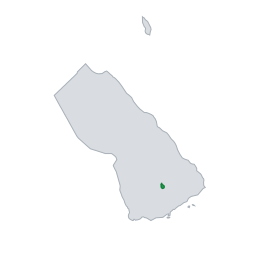 Al Hissn, Sana'a, Yemen (highlighted), rotated 249°
{"feature_id": "15242507B2313194184175", "entity_name": "Al Hissn", "entity_type": "district", "adm_level": 2, "iso_a3": "YEM", "parent_name": "Yemen", "parent_adm1": "Sana'a", "projection": "mercator", "projection_center": [44.477, 15.021], "detail": "fine", "context": "in_parent", "style": "filled", "palette": "green", "viewbox_px": 256, "rotation_deg": 249, "n_neighbors": 0, "source": "geoboundaries", "source_scale": "gbopen_adm2", "svg_char_len": 3263}
<svg xmlns="http://www.w3.org/2000/svg" viewBox="0 0 256 256"><g transform="rotate(249 128 128)"><path d="M203.2,111.4L194.8,114.5L192.6,115.9L190.7,117.6L189.2,119.7L188.1,123.3L188.9,126.7L188.8,128.5L186.7,129.7L184.7,130.6L182.5,131.9L181.1,132.2L180.0,133.2L178.7,134.0L174.1,135.9L169.0,137.3L160.9,139.1L157.8,141.0L155.0,142.3L150.7,142.7L144.8,144.5L141.5,145.9L137.5,148.2L136.5,149.0L135.8,150.7L134.6,152.2L132.1,154.7L130.3,155.9L129.1,156.0L126.7,156.7L123.8,156.8L119.1,155.9L117.9,156.5L116.9,157.5L113.2,159.2L109.5,162.5L106.8,163.4L102.4,164.4L99.3,165.8L97.2,166.4L94.5,166.7L89.6,166.5L84.9,167.0L80.6,168.0L78.6,169.8L76.3,172.6L72.5,173.8L71.6,174.8L70.4,176.8L67.9,177.4L65.7,177.7L63.5,176.8L59.2,179.3L57.6,179.7L55.1,179.8L53.4,180.4L52.1,180.2L50.5,179.2L47.2,178.1L44.8,178.8L44.6,176.5L40.6,169.2L41.4,162.9L41.4,162.0L40.6,159.2L38.2,156.6L38.3,153.3L37.5,150.9L36.9,148.5L37.1,147.9L37.1,147.3L35.9,143.6L35.5,142.8L35.3,142.1L35.7,141.5L35.7,140.8L35.1,139.6L34.4,137.4L31.1,135.7L31.8,134.1L32.4,134.7L33.3,135.2L33.4,134.1L33.5,133.4L32.1,128.5L34.1,122.0L33.4,116.2L36.5,113.8L37.3,113.1L37.8,112.5L38.5,111.2L39.5,110.7L39.8,109.3L39.8,108.6L39.2,108.0L38.7,106.4L38.8,104.3L39.0,103.4L39.3,101.8L40.4,101.3L40.7,100.8L39.8,99.8L39.9,99.2L41.7,97.5L42.5,97.0L43.7,96.5L44.6,96.5L45.7,96.8L46.6,97.2L47.5,98.1L48.5,99.1L50.0,99.4L51.1,99.4L51.9,99.8L52.6,99.5L53.4,99.0L54.7,99.1L55.8,98.5L59.1,98.2L62.3,98.4L65.6,97.9L68.9,98.0L72.2,98.0L72.9,98.1L73.7,98.4L76.5,99.9L78.6,100.2L82.9,100.6L87.4,101.0L91.4,101.4L94.7,101.0L97.5,100.8L98.3,100.8L99.1,101.7L100.8,104.0L102.4,106.2L105.1,106.3L106.9,105.5L108.9,104.3L110.0,103.5L111.4,99.9L112.3,97.6L114.4,95.1L116.1,92.9L118.4,90.1L119.6,88.5L122.1,85.4L124.5,84.1L129.0,81.8L133.5,79.5L136.4,78.0L138.9,77.3L143.1,76.7L148.0,76.0L152.9,75.3L158.1,74.6L163.9,73.7L167.9,73.2L173.0,72.4L177.2,71.8L181.0,71.3L184.9,70.8L185.6,72.5L186.3,74.2L187.1,76.0L187.8,77.7L188.5,79.5L189.3,81.2L190.0,82.9L190.7,84.7L191.5,86.4L192.2,88.1L192.9,89.9L193.6,91.6L194.4,93.3L195.1,95.1L195.8,96.8L196.6,98.5L197.3,100.2L198.5,100.8L199.2,102.4L200.2,104.6L201.2,106.9L202.2,109.2L203.2,111.4ZM214.3,179.9L215.4,180.1L216.9,179.5L221.3,179.4L226.7,181.3L225.7,181.8L225.1,182.5L222.7,183.1L220.4,184.5L213.6,185.2L211.6,184.8L210.0,183.4L207.0,181.6L208.2,180.5L208.4,179.9L208.9,179.4L210.6,178.5L212.3,178.7L214.3,179.9ZM33.3,157.2L33.0,157.6L32.7,157.5L31.7,156.6L32.8,155.6L33.4,156.6L33.3,157.2ZM30.0,134.5L29.5,134.9L29.3,134.2L29.7,132.8L30.2,132.3L30.6,133.4L30.3,134.0L30.0,134.5ZM32.7,161.8L31.6,162.3L32.4,161.0L33.2,160.7L33.4,160.7L32.7,161.8Z" fill="#d9dde1" stroke="#a8b0b8" stroke-width="1"/><path d="M60.4,137.9L60.3,138.0L60.1,138.0L59.3,138.5L59.2,139.4L59.2,139.5L59.2,139.8L59.3,139.9L59.3,140.0L59.5,140.2L59.6,140.3L59.7,140.5L59.9,140.5L60.1,140.6L60.3,140.7L60.4,140.8L60.5,140.8L60.9,140.8L60.9,140.7L61.1,140.7L61.7,140.5L62.1,140.2L62.7,139.8L62.8,139.8L63.5,139.6L63.8,139.5L64.0,139.5L63.9,139.3L63.8,139.2L63.7,139.0L63.7,138.9L63.6,138.7L63.3,138.7L62.5,138.4L62.2,138.3L62.0,138.2L61.8,138.1L61.7,138.1L61.3,138.4L61.2,138.4L61.0,138.5L60.9,138.3L60.7,138.0L60.7,137.9L60.4,137.9L60.4,137.9Z" fill="#22c55e" stroke="#15803d" stroke-width="1.5"/></g></svg>